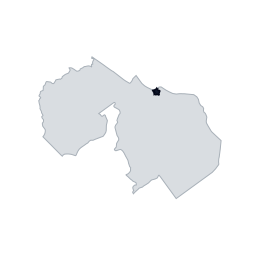 Chirundu, Southern, Zambia (highlighted), rotated 234°
{"feature_id": "96606910B35256638811207", "entity_name": "Chirundu", "entity_type": "district", "adm_level": 2, "iso_a3": "ZMB", "parent_name": "Zambia", "parent_adm1": "Southern", "projection": "mercator", "projection_center": [28.665, -16.104], "detail": "fine", "context": "in_parent", "style": "filled", "palette": "ink", "viewbox_px": 256, "rotation_deg": 234, "n_neighbors": 0, "source": "geoboundaries", "source_scale": "gbopen_adm2", "svg_char_len": 5185}
<svg xmlns="http://www.w3.org/2000/svg" viewBox="0 0 256 256"><g transform="rotate(234 128 128)"><path d="M165.7,165.4L155.9,165.4L152.4,166.2L149.5,167.4L146.0,169.3L144.0,170.6L143.4,171.4L143.2,173.0L143.2,175.5L142.8,177.3L141.8,178.9L136.5,180.9L133.0,182.6L129.6,184.5L127.1,187.0L125.3,190.1L122.4,193.9L116.3,200.8L112.8,202.0L109.8,201.8L106.3,200.3L103.4,200.1L101.3,200.9L99.4,200.7L97.6,199.2L96.1,198.7L94.9,199.1L93.4,199.0L90.5,198.2L88.1,195.8L86.8,194.8L85.8,194.4L82.8,194.0L76.1,193.4L69.2,194.7L63.1,195.9L56.9,190.4L50.9,184.7L49.6,183.2L47.3,181.3L45.7,180.4L45.1,179.9L43.5,174.8L42.6,170.1L42.6,125.5L69.8,125.5L71.6,125.3L71.7,124.8L70.4,122.5L70.5,121.6L70.8,120.0L72.0,116.8L72.1,115.8L71.5,112.3L71.6,110.3L71.9,106.4L71.7,105.1L72.3,103.3L72.6,102.1L72.8,101.6L72.5,100.3L72.0,95.6L71.6,93.7L73.3,94.0L73.8,94.9L74.1,96.0L74.9,96.0L76.8,96.7L77.5,97.5L77.9,99.4L77.7,100.3L77.0,101.1L77.7,101.8L79.0,102.3L79.7,102.1L81.9,100.8L83.9,100.4L85.0,100.0L89.5,99.2L90.4,98.8L91.0,98.8L91.4,99.1L91.0,100.4L90.9,101.6L91.4,103.8L91.9,104.9L92.8,105.6L93.5,106.0L94.2,106.8L95.8,106.7L99.3,107.8L100.3,108.3L101.8,108.9L102.8,109.1L106.3,109.5L110.1,110.1L112.1,110.2L113.4,110.0L114.4,109.7L115.0,109.3L115.3,109.0L116.7,104.8L117.4,104.4L118.3,104.2L118.9,104.6L119.5,107.3L122.2,109.7L123.1,111.7L123.8,113.4L124.4,113.9L125.4,114.5L127.1,114.7L128.5,114.8L135.9,117.7L136.7,118.3L137.6,119.8L138.1,121.6L138.7,123.0L139.6,123.3L140.5,123.4L141.3,124.4L141.9,125.2L144.1,128.7L144.4,130.1L145.5,131.0L146.9,131.4L148.2,131.5L149.0,131.1L150.8,130.3L152.3,129.5L153.4,129.2L154.0,129.4L154.5,130.0L154.8,131.7L155.8,132.3L156.6,132.1L156.9,131.4L156.9,131.0L156.9,112.8L156.2,113.0L155.4,113.5L153.4,113.5L152.7,113.9L152.5,114.5L152.6,115.3L152.6,116.3L152.4,116.8L151.5,117.0L150.3,116.6L148.1,116.1L146.2,115.7L144.9,114.4L143.1,112.3L141.9,111.3L139.0,109.1L138.6,108.7L137.7,107.7L136.9,106.0L136.2,104.0L135.9,102.8L136.5,100.9L138.2,94.6L138.6,92.6L140.0,90.7L140.1,88.9L139.5,86.6L139.7,85.4L139.8,78.2L139.5,75.9L138.5,73.4L136.5,70.0L136.5,69.2L139.6,67.0L140.6,66.1L142.2,64.3L143.3,62.7L144.1,61.4L144.3,59.8L143.8,58.3L144.8,58.0L170.9,54.0L171.2,55.0L172.0,56.8L172.9,58.1L174.0,59.2L175.0,59.9L175.6,60.1L179.6,60.1L181.1,60.8L182.3,61.6L182.6,63.0L183.5,63.9L184.4,64.5L184.7,64.6L185.4,64.4L186.5,64.4L187.5,64.7L187.9,65.0L188.0,66.2L188.3,66.7L189.6,66.9L191.0,67.0L192.4,67.7L193.8,67.9L195.5,68.2L196.3,69.0L198.0,69.9L200.2,70.7L202.6,71.9L202.6,72.3L203.0,73.1L203.5,73.6L203.5,74.4L203.7,75.1L204.3,75.3L204.8,75.3L205.3,74.8L205.9,74.8L206.6,75.2L206.9,76.0L207.4,77.1L208.3,77.9L208.9,78.7L208.7,80.0L208.3,81.3L209.5,82.5L211.1,83.7L211.5,84.2L211.6,85.9L211.9,86.5L212.9,88.0L213.4,88.9L213.4,89.5L210.6,92.4L208.8,92.8L208.0,93.4L207.6,94.0L208.7,96.9L209.3,97.9L208.8,99.3L207.7,101.6L207.2,101.8L207.1,103.6L207.4,104.2L208.0,104.7L208.2,105.9L208.2,108.8L207.4,112.2L208.7,115.1L209.2,115.4L210.9,115.5L211.3,115.7L210.8,116.5L209.6,117.8L207.3,118.8L204.1,119.9L203.4,121.0L203.0,122.6L203.3,123.5L203.8,124.0L203.6,125.3L203.3,126.8L203.4,127.9L203.3,128.9L202.9,129.4L202.3,130.9L201.6,132.4L201.0,133.0L200.2,133.8L198.9,134.4L199.0,134.7L200.4,135.4L200.8,135.8L200.9,136.2L200.3,136.9L201.0,137.4L201.8,137.8L202.6,138.8L203.5,140.7L203.6,140.9L203.9,140.9L204.4,140.7L205.3,139.9L205.9,139.6L206.7,140.7L193.1,145.4L189.9,146.4L185.2,148.0L183.6,148.6L182.4,149.2L169.7,152.9L167.7,153.6L163.3,155.5L163.1,155.8L163.2,156.7L163.6,158.4L164.4,160.0L165.0,160.9L165.4,163.3L165.7,165.4Z" fill="#d9dde1" stroke="#a8b0b8" stroke-width="1"/><path d="M137.3,173.1L137.7,173.3L139.2,175.5L139.3,175.5L139.5,175.5L139.6,175.4L139.8,175.3L139.9,175.2L140.0,175.1L140.2,174.9L140.3,174.9L140.5,174.7L140.8,174.5L140.8,174.4L140.8,174.5L140.9,174.4L141.0,174.4L141.0,174.5L141.2,174.4L141.3,174.4L141.3,174.5L141.5,174.5L141.8,174.6L142.0,174.6L142.3,174.6L142.5,174.6L142.6,174.4L142.6,174.5L142.7,174.4L142.8,174.4L142.8,174.5L142.8,174.4L143.0,174.4L142.9,174.3L142.9,174.1L142.9,173.8L142.9,173.5L142.9,173.3L142.9,173.2L143.1,173.0L143.1,172.9L143.2,172.6L143.2,172.4L143.1,172.2L143.0,171.9L143.0,171.5L143.1,171.4L143.3,171.2L143.5,171.1L143.6,170.8L143.6,170.7L143.6,170.4L143.8,170.3L143.9,170.2L144.0,170.0L144.3,169.9L144.2,170.0L144.0,169.9L143.9,170.0L143.6,169.9L143.4,170.0L143.2,170.1L142.9,170.0L142.7,170.0L142.4,170.3L142.2,170.1L142.1,170.3L141.8,170.3L141.7,170.2L141.4,170.2L141.4,170.3L141.3,170.2L141.2,170.1L141.1,169.9L141.0,170.0L141.0,169.9L140.9,169.9L140.8,169.7L140.7,169.6L140.5,169.4L140.4,169.4L140.2,169.4L140.0,169.2L140.0,169.3L139.9,169.3L139.7,169.4L139.4,169.3L139.2,169.4L139.2,169.5L138.9,169.7L138.8,169.8L138.8,170.0L138.7,170.1L138.6,170.3L138.4,170.4L138.5,170.4L138.4,170.4L138.4,170.5L138.4,170.8L138.3,171.0L138.4,171.3L138.2,171.4L138.2,171.5L138.3,171.5L138.2,171.5L137.9,171.7L137.7,171.7L137.7,171.8L137.7,171.7L137.6,171.8L137.4,171.8L137.4,171.7L137.4,171.8L137.3,172.0L137.2,172.0L137.3,172.0L137.2,172.1L136.9,172.1L136.9,172.3L136.8,172.5L136.7,172.6L136.8,172.7L136.8,172.8L137.0,172.9L137.0,173.0L137.3,173.1Z" fill="#0f172a" stroke="#020617" stroke-width="1.5"/></g></svg>